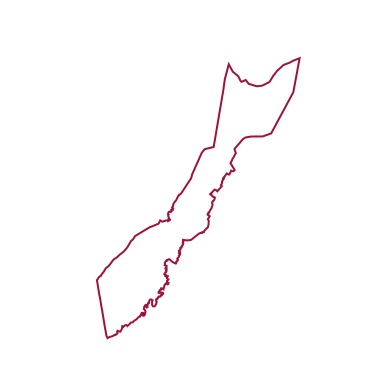 outline of Ebonyi, Ebonyi, Nigeria, rotated 28°
{"feature_id": "59680162B19549725656045", "entity_name": "Ebonyi", "entity_type": "district", "adm_level": 2, "iso_a3": "NGA", "parent_name": "Nigeria", "parent_adm1": "Ebonyi", "projection": "equal_earth", "projection_center": [8.133, 6.541], "detail": "fine", "context": "isolated", "style": "outline", "palette": "rose", "viewbox_px": 384, "rotation_deg": 28, "n_neighbors": 0, "source": "geoboundaries", "source_scale": "gbopen_adm2", "svg_char_len": 6026}
<svg xmlns="http://www.w3.org/2000/svg" viewBox="0 0 384 384"><g transform="rotate(28 192 192)"><path d="M204.7,326.2L204.3,325.5L204.5,324.3L204.3,322.5L204.4,322.3L204.8,321.9L205.8,321.6L207.0,322.0L207.2,323.0L206.9,323.3L206.1,323.4L206.1,323.9L206.3,324.2L207.2,324.1L207.9,323.4L207.8,321.8L207.4,320.3L206.9,319.1L206.5,318.8L205.6,318.3L204.4,317.9L204.2,317.2L203.7,316.1L204.0,313.5L204.4,313.3L204.7,313.2L205.1,313.5L205.4,314.1L205.7,314.9L205.9,315.2L206.2,315.3L206.8,314.6L206.0,313.2L205.6,311.4L205.3,311.1L205.4,310.5L205.8,310.5L206.1,310.4L206.1,309.6L205.7,309.1L205.4,308.0L205.4,307.2L205.6,306.6L206.2,306.1L207.6,306.0L208.0,306.1L208.0,307.1L208.2,307.6L208.7,308.2L209.6,310.2L210.6,311.0L211.4,311.2L212.3,310.8L213.0,309.5L212.8,307.1L212.3,305.4L212.1,305.1L211.6,305.1L211.4,304.9L211.2,304.3L210.8,303.9L210.7,303.6L210.8,303.1L211.4,302.8L211.8,302.2L211.7,301.9L211.4,301.5L211.4,301.2L211.7,299.9L211.8,299.8L212.3,299.9L212.7,299.7L213.2,298.8L212.9,298.1L213.1,297.6L213.8,297.3L213.9,296.9L213.5,296.6L213.1,296.7L212.7,296.3L212.7,296.0L212.9,295.8L213.2,295.6L213.6,295.5L213.8,295.8L214.1,295.7L214.3,295.4L214.0,294.8L213.6,294.6L213.0,294.7L211.0,295.6L210.8,295.6L210.3,296.7L209.7,296.7L209.6,296.4L209.7,296.1L209.6,294.2L209.8,293.5L210.4,293.2L210.5,292.9L210.3,292.3L210.0,291.8L210.0,291.4L210.5,291.2L212.5,291.3L211.4,286.9L211.7,286.5L211.7,285.7L211.8,285.2L212.3,285.2L213.1,284.9L213.8,285.0L214.1,284.8L214.3,283.9L214.0,283.4L213.0,284.1L212.9,284.1L212.7,283.9L212.5,283.6L212.5,283.3L212.4,283.0L212.1,283.0L211.6,282.3L211.6,282.1L212.1,281.5L212.2,280.2L211.6,280.3L210.7,280.1L209.6,279.2L209.4,278.8L209.5,278.6L210.0,278.5L210.3,278.1L210.4,277.9L210.3,277.7L210.2,277.6L209.7,277.8L209.1,277.7L208.7,277.9L208.6,278.1L208.4,278.6L207.9,278.7L207.8,278.3L207.9,278.0L207.9,277.6L207.7,277.5L207.0,277.6L206.9,277.2L206.7,277.2L206.5,277.4L206.2,277.6L206.0,277.4L206.5,275.1L206.6,274.9L206.8,274.7L206.7,274.3L206.1,274.3L206.0,274.0L206.3,273.4L206.2,272.7L206.1,272.4L205.7,272.2L205.5,271.7L205.3,271.2L205.1,271.2L204.8,272.0L204.7,272.2L204.4,272.1L204.4,271.3L204.7,270.1L204.2,269.1L202.2,269.5L202.0,268.4L201.2,267.3L201.4,264.8L202.0,264.7L201.8,263.8L202.5,263.3L203.3,262.1L204.1,262.0L207.8,263.0L211.3,262.8L211.4,261.8L210.8,261.0L211.2,259.9L211.2,259.3L211.5,259.3L211.4,258.4L210.9,258.2L210.3,257.8L210.8,255.4L210.7,253.7L210.3,253.8L210.3,253.7L210.7,253.2L210.7,252.8L210.8,252.7L210.3,251.7L210.1,251.8L209.8,251.1L209.1,251.7L209.0,251.3L209.3,251.0L209.3,250.8L209.2,250.8L208.8,251.0L208.5,250.8L208.5,250.4L208.8,250.1L208.7,250.0L208.6,249.8L208.6,249.5L208.3,249.5L208.4,249.3L208.6,249.1L208.9,248.4L208.8,248.2L208.6,248.2L208.5,247.8L208.2,247.5L208.0,247.2L208.4,246.9L208.4,246.2L208.8,246.0L208.7,245.4L208.4,245.4L208.3,244.8L208.3,244.4L208.7,244.5L208.7,242.9L208.5,241.7L208.2,241.7L208.1,241.2L207.9,240.5L207.4,240.6L207.3,240.1L207.5,239.6L207.3,239.0L206.9,239.2L206.5,238.5L206.6,238.3L207.9,238.0L210.0,237.2L212.1,236.0L213.5,234.8L213.9,234.3L215.3,230.9L217.9,225.1L219.4,223.6L220.1,223.4L220.0,222.5L220.9,222.3L221.2,222.1L221.4,221.8L221.1,221.5L221.2,220.9L221.1,220.4L222.5,215.9L222.4,214.8L222.2,213.9L221.3,211.7L220.7,210.4L220.1,209.4L218.7,208.5L219.0,205.0L217.8,204.8L216.4,204.7L216.2,202.9L216.6,203.0L216.7,202.2L216.4,202.1L216.7,201.2L216.6,200.4L216.6,198.6L216.9,197.5L216.6,196.5L216.5,194.9L216.3,194.2L216.0,193.2L214.9,192.3L214.8,191.6L214.7,191.5L214.6,191.2L214.6,190.9L214.8,190.9L214.8,190.1L215.0,189.9L215.1,189.5L215.3,189.2L215.2,187.3L214.8,186.2L214.4,186.0L213.2,186.4L212.4,186.2L212.1,186.0L211.8,186.1L211.2,185.9L210.8,185.5L210.2,185.6L209.0,185.4L209.2,184.4L209.7,184.1L209.9,183.7L209.9,182.7L210.8,179.3L212.6,179.0L214.0,179.5L215.6,172.8L215.0,172.4L214.3,172.3L214.4,170.6L214.0,169.2L213.6,168.6L213.8,166.0L213.1,165.9L213.2,164.1L213.6,164.1L213.5,163.0L214.0,159.3L216.4,159.3L216.8,159.0L216.7,158.6L216.7,156.7L216.6,154.9L217.2,155.1L219.0,154.1L219.2,153.3L219.3,152.5L212.5,148.5L212.4,147.6L212.5,146.5L212.2,143.3L212.5,141.4L212.3,139.0L212.4,137.6L212.5,137.2L210.4,135.2L209.3,133.9L212.2,121.3L213.5,118.9L218.1,115.3L228.4,109.7L234.4,103.1L234.6,56.3L224.2,23.3L220.0,28.2L217.3,32.2L213.2,36.8L210.2,45.4L209.2,51.4L208.8,58.3L204.3,64.9L199.7,68.2L191.3,69.9L186.9,67.9L184.0,71.5L182.3,70.9L178.8,68.2L171.5,66.6L164.5,62.0L168.1,77.2L171.7,87.0L190.0,142.1L183.1,148.2L182.2,152.9L182.9,162.3L183.8,175.9L184.8,180.4L184.2,186.2L183.1,198.2L183.0,198.9L182.5,199.7L182.1,200.9L181.9,200.8L181.7,202.3L181.9,206.9L181.5,208.0L181.2,210.7L181.5,212.6L181.9,213.2L181.6,214.8L182.5,215.0L182.9,214.9L182.9,214.6L183.1,215.1L182.8,215.6L183.0,215.7L183.6,217.3L183.4,217.5L182.9,217.5L182.2,217.1L182.0,217.4L182.7,219.0L182.7,219.6L182.5,219.8L181.9,219.5L180.9,220.5L180.8,221.0L181.1,222.7L181.6,222.8L182.0,223.0L182.1,224.3L183.4,225.3L183.9,226.0L183.8,226.6L184.2,226.9L184.9,226.4L185.6,226.7L185.5,227.4L184.5,229.0L183.9,228.5L182.6,229.2L179.6,232.2L177.3,232.0L177.3,235.7L174.1,239.6L171.3,242.8L162.5,257.5L162.1,261.8L161.2,263.7L160.9,271.2L159.8,276.4L157.7,281.0L156.3,285.2L154.7,287.9L154.0,291.0L153.6,294.4L152.8,297.5L151.8,299.3L151.5,302.3L151.6,303.4L151.0,306.1L150.9,308.8L150.7,308.8L150.5,309.5L150.0,310.2L149.7,310.9L149.7,312.8L149.4,314.4L158.7,326.6L160.5,328.7L166.0,336.0L166.9,337.0L167.8,338.1L170.1,341.2L174.8,347.3L179.8,353.9L181.4,355.7L181.9,356.5L183.7,358.8L184.8,359.8L186.0,360.7L186.9,359.3L187.3,358.7L189.7,356.4L190.4,355.0L191.1,354.0L191.5,354.2L192.3,352.7L192.5,351.9L192.4,351.8L192.1,351.2L191.5,350.6L191.0,349.6L190.6,349.7L194.2,349.1L194.4,347.7L194.4,346.4L194.2,345.2L193.8,344.1L193.4,343.3L193.9,343.0L194.6,343.5L195.5,341.1L196.0,340.6L196.6,340.3L197.1,340.3L197.9,340.7L198.2,339.7L198.5,339.1L198.8,338.1L199.2,336.4L199.3,336.0L200.8,334.9L201.2,333.5L201.7,332.2L202.8,330.5L203.3,328.2L204.1,326.6L204.7,326.2Z" fill="none" stroke="#9f1239" stroke-width="2"/></g></svg>